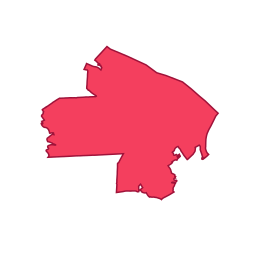 outline of Milcov, Olt, Romania, rotated 145°
{"feature_id": "2599482B38405500172940", "entity_name": "Milcov", "entity_type": "district", "adm_level": 2, "iso_a3": "ROU", "parent_name": "Romania", "parent_adm1": "Olt", "projection": "natural_earth1", "projection_center": [24.399, 44.373], "detail": "fine", "context": "isolated", "style": "filled", "palette": "rose", "viewbox_px": 256, "rotation_deg": 145, "n_neighbors": 0, "source": "geoboundaries", "source_scale": "gbopen_adm2", "svg_char_len": 5669}
<svg xmlns="http://www.w3.org/2000/svg" viewBox="0 0 256 256"><g transform="rotate(145 128 128)"><path d="M98.5,206.8L115.1,203.2L116.3,202.6L115.6,200.6L115.5,199.2L115.3,198.5L115.2,198.2L115.4,197.7L115.9,197.4L116.4,197.0L116.5,196.9L116.4,196.7L116.2,196.5L114.8,197.1L114.6,197.1L114.5,196.9L114.5,196.6L115.4,196.0L115.1,195.1L114.7,195.3L114.5,195.0L114.9,194.4L114.8,194.1L114.6,193.9L114.6,193.6L115.1,193.0L115.1,192.9L114.9,192.6L114.9,192.4L116.9,191.1L117.4,193.2L117.8,194.3L118.3,195.3L119.0,196.3L120.7,197.9L121.5,198.9L123.8,202.7L125.0,204.6L125.6,204.1L130.4,201.2L129.9,200.7L129.4,200.1L128.9,199.6L128.1,198.9L128.1,198.1L128.3,197.7L129.1,196.6L130.1,195.5L131.8,193.2L133.6,191.0L134.6,189.8L136.9,186.8L137.8,185.8L138.9,184.4L139.1,184.1L139.1,183.9L138.9,183.1L138.9,182.8L138.9,181.9L138.8,181.6L138.4,181.4L138.3,180.9L138.2,180.5L137.8,179.0L137.8,178.4L137.6,177.8L136.5,174.8L135.6,172.6L135.7,172.2L136.0,172.2L136.3,172.2L136.9,172.5L137.2,172.7L137.7,173.0L140.0,174.5L141.9,175.7L142.4,175.9L142.7,176.1L144.6,177.5L145.1,177.8L145.7,178.1L147.2,179.0L151.8,181.9L152.2,182.1L152.9,182.3L153.3,182.5L154.2,183.3L155.6,184.2L157.8,185.8L160.4,187.4L161.9,188.4L163.6,189.4L166.8,191.5L167.1,191.7L167.5,191.7L170.0,191.9L173.4,192.0L174.8,192.1L175.5,192.0L176.4,192.0L177.6,192.0L180.4,192.0L182.4,192.0L183.3,192.0L183.2,192.2L185.8,192.2L186.8,192.3L187.3,192.2L187.8,192.1L187.8,190.8L187.7,190.1L187.7,189.9L187.9,189.8L188.4,189.6L188.5,189.4L188.4,189.3L188.8,188.9L189.2,188.5L189.9,188.3L190.3,188.0L190.6,188.1L191.3,188.0L191.9,187.5L192.0,187.3L192.1,187.1L192.0,185.6L192.1,184.1L191.9,183.0L192.0,182.4L194.3,182.7L194.8,182.9L194.8,181.7L196.4,181.6L196.5,181.5L196.5,181.0L195.3,181.2L195.2,180.8L195.2,180.6L195.5,180.4L196.9,180.2L196.9,178.8L196.8,178.1L196.5,177.2L196.2,176.6L194.7,175.2L194.5,174.7L194.2,173.8L194.1,172.9L194.1,172.0L194.5,170.3L194.8,169.5L195.1,169.0L195.1,168.6L194.9,168.4L194.1,168.2L193.1,167.7L192.1,167.0L191.9,166.7L192.2,166.3L192.2,166.1L192.4,165.1L192.5,165.0L192.8,165.5L193.1,166.1L193.4,166.2L195.2,166.2L197.9,166.0L198.8,166.0L199.8,165.9L200.1,165.9L200.6,165.5L200.9,165.2L201.2,164.7L201.4,163.5L201.5,163.3L201.6,163.0L201.4,162.6L200.8,162.1L200.4,161.6L199.6,160.5L199.4,160.0L199.0,159.5L198.8,159.3L198.8,158.9L198.5,158.2L198.3,157.9L197.4,156.6L197.0,155.8L197.0,155.7L197.4,155.7L197.6,155.9L198.8,157.1L199.7,157.8L200.4,158.3L201.0,158.6L202.0,158.9L202.7,159.1L203.6,159.2L204.0,159.2L204.3,159.0L204.5,158.8L204.7,158.4L204.8,158.2L204.7,157.6L204.6,157.2L204.7,156.9L205.0,156.6L205.4,156.5L205.6,156.5L207.4,156.8L207.6,156.8L207.7,156.7L208.1,156.4L208.2,156.1L208.2,155.8L208.2,155.4L208.0,154.5L207.9,153.5L208.0,152.5L208.3,151.2L208.6,150.8L209.2,150.4L209.7,150.1L210.3,149.9L198.1,142.2L196.9,141.4L192.1,138.4L186.1,134.7L183.3,132.8L180.7,131.2L178.4,129.7L175.9,128.1L173.7,126.7L172.8,126.2L171.3,125.1L146.5,109.6L149.7,108.0L154.2,105.7L155.7,104.9L156.4,105.1L156.9,104.9L157.1,104.7L159.0,102.0L161.8,98.4L163.4,96.2L163.9,95.6L166.3,92.6L166.8,92.0L167.0,91.8L167.4,91.1L167.9,90.5L168.3,89.9L168.5,89.6L169.1,89.3L169.3,88.8L169.4,88.2L174.5,81.8L168.6,78.8L166.6,78.0L165.1,77.1L161.8,74.7L160.6,74.0L158.3,72.4L157.6,71.7L157.3,71.2L157.1,70.7L156.9,70.4L156.2,69.9L155.6,69.7L154.6,71.2L152.7,74.2L151.5,74.4L150.5,74.8L149.9,74.8L150.2,70.7L153.5,70.4L153.8,70.1L153.3,68.8L153.2,68.5L153.2,68.2L153.3,67.4L153.2,67.3L153.0,66.9L152.2,65.9L151.3,65.0L150.9,64.8L150.2,64.6L150.4,62.3L150.4,61.1L150.3,60.1L150.2,59.7L149.8,58.9L149.4,59.1L148.3,57.8L147.3,57.1L146.9,56.9L146.6,56.7L146.4,56.6L145.5,55.5L145.0,55.2L144.9,55.2L142.9,52.6L142.5,52.1L141.9,50.9L141.6,50.4L141.6,50.2L140.1,50.5L137.5,50.3L137.4,50.2L132.6,49.6L127.0,49.2L127.0,49.4L127.1,49.6L127.4,50.0L127.4,50.3L127.3,50.6L127.2,50.8L126.7,51.2L126.4,51.5L126.0,52.3L125.3,53.0L124.7,53.5L124.4,53.6L124.1,53.7L123.2,54.1L122.3,54.8L122.0,55.1L121.7,55.2L120.9,55.4L120.8,55.6L121.0,55.8L121.5,56.1L122.0,56.6L122.2,56.9L122.3,57.1L122.7,57.3L123.0,57.5L123.4,58.0L123.5,58.1L123.4,58.2L123.1,58.2L122.9,58.2L122.7,58.1L121.9,57.5L120.7,56.5L120.1,56.2L118.9,56.4L118.6,56.5L118.3,56.7L118.2,56.9L118.2,57.1L118.3,57.3L118.4,57.5L119.6,58.3L120.0,58.9L119.8,59.6L119.7,59.8L119.6,60.0L119.4,60.2L118.9,60.3L118.8,60.2L118.3,60.0L117.8,59.8L117.6,61.0L116.9,61.1L117.1,61.4L117.2,61.6L117.2,61.8L116.9,62.3L116.6,62.6L116.5,62.8L116.6,63.1L116.7,63.4L117.0,63.7L117.1,64.0L117.4,64.7L117.8,65.3L118.1,65.9L118.2,66.2L118.1,66.4L117.7,67.3L117.3,68.7L117.0,69.4L116.9,70.1L116.8,71.1L116.9,71.9L116.8,74.1L113.4,73.9L111.5,74.2L111.5,75.0L108.6,75.0L107.1,74.5L106.4,73.6L105.0,74.3L101.5,74.8L101.4,75.1L103.7,75.1L104.2,75.7L104.2,76.3L101.2,76.5L101.0,77.0L103.2,77.1L103.7,78.7L104.8,78.7L105.5,79.0L105.9,79.3L106.1,79.7L106.0,80.0L105.6,80.5L105.4,81.4L105.6,82.7L105.3,82.8L103.2,82.9L102.2,83.6L101.6,84.1L101.0,84.3L99.8,84.5L98.5,84.4L97.6,84.2L97.7,82.3L97.4,80.7L97.5,79.9L97.6,79.4L97.8,78.4L97.7,76.8L97.9,73.6L97.6,68.2L97.3,68.2L97.1,68.1L91.0,69.0L89.6,69.2L89.5,69.3L86.9,70.3L86.5,70.5L85.8,71.2L84.3,72.9L84.1,73.6L79.5,73.1L79.4,73.0L79.4,71.4L80.8,69.4L81.3,68.8L82.8,63.5L83.2,62.7L83.5,61.4L84.8,61.0L85.3,60.1L84.8,59.5L83.3,59.8L83.5,59.4L81.5,59.5L79.3,59.7L77.1,60.1L77.4,61.8L77.4,62.7L77.3,63.5L77.2,64.0L76.6,66.0L76.2,66.8L75.7,67.5L75.1,68.1L74.7,68.7L72.2,72.1L70.8,73.9L69.5,75.3L67.8,76.9L66.2,78.2L62.7,80.3L59.0,82.1L54.2,84.7L49.3,87.4L45.7,88.4L46.9,94.0L49.3,106.1L51.2,113.0L53.8,123.8L56.9,134.4L66.8,149.2L72.8,156.8L77.0,169.3L87.3,187.0L97.2,202.7L98.5,206.8Z" fill="#f43f5e" stroke="#9f1239" stroke-width="1.5"/></g></svg>